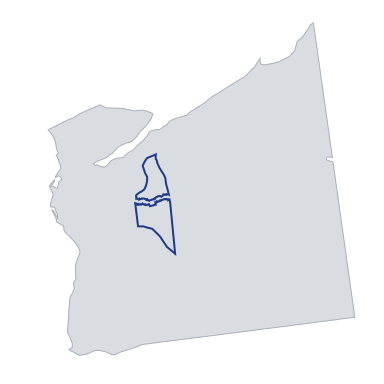 Zemam Out, Al Bahr al Ahmar, Egypt shown in context, rotated 262°
{"feature_id": "37247803B6993574009783", "entity_name": "Zemam Out", "entity_type": "district", "adm_level": 2, "iso_a3": "EGY", "parent_name": "Egypt", "parent_adm1": "Al Bahr al Ahmar", "projection": "natural_earth1", "projection_center": [30.77, 28.19], "detail": "fine", "context": "in_parent", "style": "outline", "palette": "blue", "viewbox_px": 384, "rotation_deg": 262, "n_neighbors": 0, "source": "geoboundaries", "source_scale": "gbopen_adm2", "svg_char_len": 7209}
<svg xmlns="http://www.w3.org/2000/svg" viewBox="0 0 384 384"><g transform="rotate(262 192 192)"><path d="M342.4,335.8L334.2,335.8L326.0,335.8L317.8,335.8L309.6,335.8L301.4,335.8L293.2,335.8L285.0,335.8L276.8,335.8L268.6,335.8L260.4,335.8L252.2,335.8L244.0,335.8L235.8,335.8L227.6,335.8L219.4,335.8L211.2,335.8L206.6,335.8L207.4,333.2L207.9,331.3L207.3,330.0L205.7,329.7L204.7,330.1L202.2,335.6L200.9,335.8L198.0,335.8L188.5,335.8L178.9,335.8L169.4,335.8L159.8,335.8L150.3,335.8L140.8,335.8L131.2,335.8L121.7,335.8L112.1,335.8L102.6,335.8L93.0,335.8L83.5,335.8L73.9,335.8L64.4,335.8L54.9,335.8L45.3,335.8L45.4,329.1L45.5,322.4L45.5,315.8L45.6,309.1L45.7,302.4L45.7,295.7L45.8,289.0L45.9,282.3L46.0,275.7L46.0,269.0L46.1,262.3L46.2,255.6L46.3,248.9L46.4,242.2L46.4,235.5L46.5,228.9L46.6,222.2L46.7,215.5L46.8,208.8L46.9,202.1L46.9,195.4L47.0,188.7L47.1,182.0L47.2,175.4L47.3,168.7L47.4,162.0L47.5,155.3L47.6,148.6L47.7,141.9L47.7,135.2L47.8,128.5L47.9,121.8L47.7,120.6L46.4,116.1L45.3,110.3L44.0,103.2L43.9,100.9L41.8,93.6L41.6,91.5L42.2,90.0L46.0,83.8L47.1,80.8L48.1,77.3L48.5,74.3L47.5,69.9L46.2,65.9L45.9,61.8L45.8,57.7L47.7,55.0L50.0,52.4L50.9,50.8L52.2,49.0L53.2,48.2L54.9,51.8L58.7,52.4L71.2,49.2L84.9,52.4L92.5,53.7L104.2,56.4L111.2,61.3L113.2,62.0L118.3,61.9L121.6,64.8L135.0,66.2L142.1,69.4L146.1,71.9L148.5,72.7L150.7,72.6L153.6,71.6L157.2,69.8L161.2,67.3L169.5,60.9L172.4,59.8L174.3,60.1L176.6,60.0L177.6,58.2L178.8,57.0L179.6,55.7L180.8,54.1L185.1,53.6L193.7,50.8L192.7,52.1L184.9,55.3L188.3,55.7L191.7,54.6L195.6,53.9L196.3,52.6L196.8,50.1L197.6,49.7L200.3,50.2L208.3,54.0L210.3,54.1L216.0,52.0L217.2,51.6L219.1,52.7L223.3,57.5L221.8,57.4L217.3,53.3L216.9,55.4L214.4,59.0L217.6,60.5L220.2,61.1L221.6,63.1L222.4,64.9L225.0,64.1L226.8,61.7L225.9,60.3L225.2,58.9L226.1,58.9L227.8,60.1L233.0,64.7L234.7,65.6L236.7,65.5L240.8,64.2L241.9,64.4L247.5,62.7L248.2,63.9L249.1,65.2L253.6,63.8L260.6,63.8L266.3,62.3L273.0,58.6L273.5,58.1L273.9,59.0L274.7,61.5L276.8,67.8L278.6,72.8L280.8,79.7L281.5,82.4L281.8,84.2L285.1,91.8L287.0,98.0L288.4,103.1L290.4,110.5L291.3,113.0L289.9,114.4L287.2,119.2L284.5,134.5L280.4,146.4L280.0,153.9L279.3,156.6L277.3,160.4L275.0,164.1L270.6,162.1L263.6,155.6L259.4,149.4L255.0,145.4L250.9,140.1L249.7,136.3L249.7,133.9L247.9,127.9L246.6,125.1L241.5,118.7L240.0,115.3L238.9,113.9L237.8,111.7L235.9,103.5L233.9,98.2L231.7,99.7L232.1,101.9L230.1,104.9L228.9,108.5L229.8,111.4L234.0,115.8L234.8,117.7L235.8,121.8L235.7,127.5L236.3,129.4L239.4,133.6L240.6,136.1L241.2,138.3L242.3,140.2L245.4,143.9L249.8,150.8L254.0,155.5L257.0,157.8L258.3,160.1L258.7,165.9L258.5,168.7L261.2,174.0L262.2,176.7L264.7,178.8L265.9,181.3L267.0,185.4L268.8,197.3L271.0,200.2L278.1,215.9L284.0,225.8L286.9,233.2L291.2,242.2L299.9,262.0L305.0,268.1L307.0,271.6L310.7,274.2L314.7,278.0L310.9,277.6L310.0,277.9L308.6,278.5L308.0,280.8L307.8,282.7L308.3,292.8L309.4,297.9L312.8,307.5L315.3,310.4L316.6,312.3L318.3,313.7L326.2,317.0L330.9,323.9L341.3,332.8L342.4,335.2L342.4,335.8Z" fill="#d9dde1" stroke="#a8b0b8" stroke-width="1"/><path d="M184.1,168.9L187.7,168.7L187.7,168.3L187.6,168.2L187.8,167.7L187.7,167.6L187.8,167.5L187.7,167.4L187.8,167.4L187.9,167.5L187.9,167.4L187.9,167.2L187.9,166.8L187.9,166.7L188.0,166.7L188.1,166.4L188.3,166.3L188.3,166.2L188.5,166.2L188.6,165.9L188.5,165.7L188.5,165.3L188.7,165.2L188.7,164.8L188.7,164.7L188.8,164.5L188.8,164.4L188.6,164.4L188.5,164.2L188.8,163.6L188.8,163.4L188.8,163.0L188.8,162.8L188.5,162.5L188.3,161.8L188.3,161.7L188.2,161.2L188.2,160.7L188.2,160.4L188.1,160.5L187.9,160.5L187.8,160.4L187.7,160.2L187.9,159.8L187.8,159.7L187.7,159.5L187.8,159.3L187.8,159.2L187.6,158.8L187.5,158.3L187.5,157.6L187.3,157.4L187.4,157.2L187.2,157.0L187.0,156.8L186.9,156.7L186.8,156.0L187.0,156.0L187.1,155.7L186.9,155.5L186.8,155.4L187.0,155.4L186.9,155.3L186.9,155.2L186.8,155.3L186.6,155.3L186.5,155.0L186.4,154.9L186.4,154.7L186.5,154.7L186.9,154.7L187.0,154.6L186.9,154.5L186.7,154.5L186.6,154.4L186.5,154.5L186.4,154.5L186.4,154.4L186.5,154.4L186.4,154.3L185.8,154.5L185.5,154.4L184.9,154.3L185.0,154.2L184.5,153.6L184.4,153.4L184.5,153.1L184.6,152.9L184.5,152.6L184.5,152.2L184.2,151.9L184.0,151.2L184.0,150.6L184.0,150.1L183.9,149.8L183.8,149.6L183.9,149.0L183.8,148.3L184.0,148.2L184.3,148.1L185.5,147.8L185.8,147.9L186.0,147.6L186.0,147.3L185.9,147.2L185.8,146.9L185.6,146.8L185.6,146.6L185.4,145.7L185.5,145.6L185.7,145.0L185.8,144.7L185.7,144.5L185.5,144.4L185.4,144.3L185.4,144.1L185.5,143.9L185.8,143.8L186.4,143.8L186.4,143.7L186.5,143.4L186.4,143.1L186.4,142.8L186.4,142.7L186.5,142.6L186.5,142.4L186.8,142.1L186.6,142.1L186.6,141.9L186.8,141.7L186.9,141.4L187.1,141.3L187.2,141.2L187.2,140.9L187.0,140.7L187.2,140.4L187.2,140.2L186.6,140.1L186.5,139.7L186.9,139.4L186.9,139.2L186.9,138.4L186.9,138.2L186.7,137.6L186.8,137.4L187.0,137.1L187.1,136.9L187.0,136.7L186.9,136.5L187.0,136.2L187.4,136.2L187.5,136.2L187.7,136.4L187.7,136.2L187.9,135.6L188.1,135.4L188.2,135.2L188.4,135.0L188.6,134.9L188.6,134.7L188.7,134.4L188.8,134.2L165.5,133.8L164.7,139.1L162.7,143.4L161.1,147.5L152.7,154.0L141.2,159.5L133.2,166.7L184.1,168.9ZM193.2,135.9L193.3,136.2L193.2,136.2L193.1,136.3L193.1,136.6L193.0,136.8L192.7,137.1L192.7,137.4L192.5,138.1L192.6,138.4L192.7,138.6L192.9,138.9L192.9,139.0L192.7,139.1L192.6,138.9L192.4,138.9L192.5,139.0L192.3,139.1L192.2,139.2L192.2,139.3L192.2,139.5L192.1,139.4L192.1,139.6L192.0,139.8L192.1,140.0L192.2,140.3L192.3,140.5L192.4,140.9L192.4,141.1L192.4,141.3L192.5,141.5L192.4,141.6L192.5,141.7L192.5,141.8L192.4,141.8L192.4,141.7L192.2,141.7L192.2,141.8L192.3,142.2L192.3,142.5L192.3,143.3L192.2,143.4L191.9,143.9L191.9,144.2L191.8,144.3L191.7,144.3L191.5,144.5L191.3,144.9L191.3,145.0L191.3,145.3L191.0,145.2L190.9,145.3L190.7,145.6L190.4,145.7L190.4,145.9L190.2,146.0L190.1,146.3L190.2,146.5L190.3,146.6L190.2,146.6L190.0,147.0L189.8,147.3L189.7,147.4L189.6,147.7L189.4,148.1L189.5,148.1L189.4,148.2L189.4,148.4L189.5,148.6L189.7,149.2L189.7,149.4L189.7,149.6L189.7,149.8L189.7,150.1L189.9,150.7L189.9,150.8L190.0,150.9L190.1,151.1L190.1,151.3L190.0,151.8L190.0,152.2L190.1,152.5L190.0,152.9L189.9,153.6L190.0,153.9L190.5,154.5L190.8,154.8L191.1,155.0L191.3,155.1L191.5,155.7L191.8,155.9L192.0,156.1L192.0,156.5L192.1,156.8L192.2,157.4L192.4,157.6L192.6,158.1L192.6,158.9L192.5,159.4L192.3,159.7L192.3,160.0L192.2,160.4L191.9,160.7L191.8,160.8L191.8,161.3L191.7,161.3L191.8,161.5L192.0,161.8L192.2,162.3L192.4,162.3L192.5,162.3L192.7,162.5L192.8,162.7L192.9,162.8L193.1,162.9L193.4,163.1L193.3,163.4L193.5,163.5L193.3,163.8L193.3,164.0L193.1,164.1L193.0,164.4L193.0,164.5L193.1,164.8L192.9,164.8L192.8,165.5L192.8,165.9L193.0,166.1L192.9,166.2L193.2,166.5L193.2,166.9L193.3,166.8L193.3,167.0L193.3,167.4L193.1,167.6L192.9,167.8L193.0,168.1L192.9,168.3L192.6,168.7L199.5,168.0L203.9,167.4L209.3,167.5L213.2,166.5L216.8,164.7L220.6,163.1L225.4,161.7L228.6,161.4L229.9,160.6L234.3,161.4L233.7,159.8L233.4,158.2L232.2,153.4L231.8,152.1L228.7,149.4L224.9,146.8L221.8,147.4L217.5,148.1L213.2,149.7L209.3,149.1L204.4,147.2L201.2,145.1L199.7,142.4L198.3,138.9L196.5,136.2L193.2,135.9ZM191.0,154.4L190.8,154.7L190.0,153.7L190.0,152.8L190.6,153.0L190.8,153.9L191.0,154.4Z" fill="none" stroke="#1e3a8a" stroke-width="2"/></g></svg>